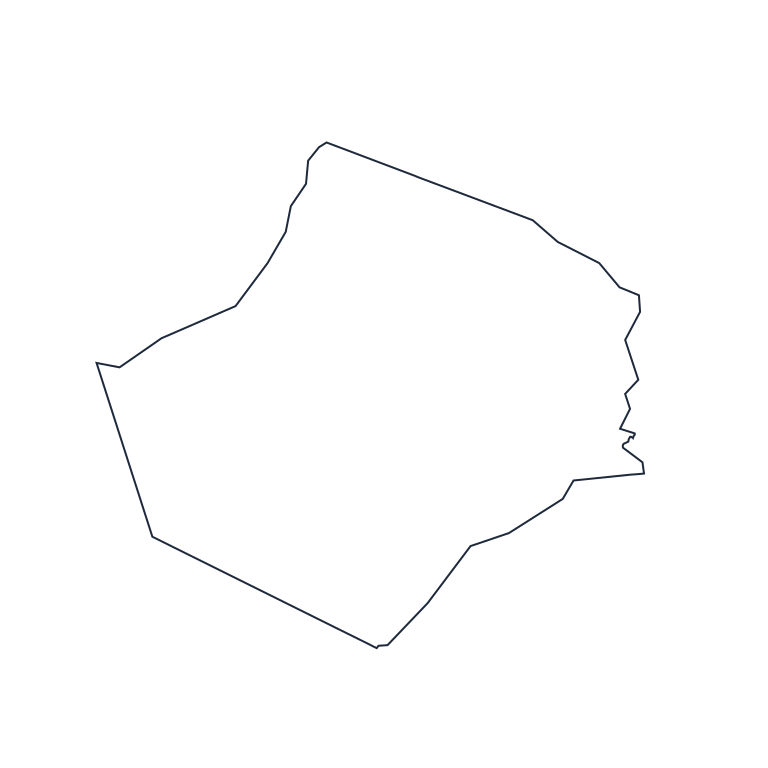 outline of Hoke, North Carolina, United States of America, rotated 70°
{"feature_id": "52423323B67745221671047", "entity_name": "Hoke", "entity_type": "district", "adm_level": 2, "iso_a3": "USA", "parent_name": "United States of America", "parent_adm1": "North Carolina", "projection": "albers", "projection_center": [-79.199, 35.024], "detail": "fine", "context": "isolated", "style": "outline", "palette": "slate", "viewbox_px": 768, "rotation_deg": 70, "n_neighbors": 0, "source": "geoboundaries", "source_scale": "gbopen_adm2", "svg_char_len": 861}
<svg xmlns="http://www.w3.org/2000/svg" viewBox="0 0 768 768"><g transform="rotate(70 384 384)"><path d="M557.1,170.3L546.0,167.9L525.6,181.2L523.9,180.9L522.6,179.9L522.2,179.3L521.7,174.1L519.7,173.0L517.8,170.8L517.9,170.2L519.6,168.6L519.9,168.5L518.6,167.5L518.0,166.9L517.4,165.7L516.2,165.3L506.8,177.5L491.5,161.3L475.8,160.8L467.0,143.6L425.1,142.3L403.8,118.7L387.8,114.1L373.7,129.6L344.0,140.4L310.0,172.1L281.0,188.2L201.8,280.7L199.8,282.9L199.3,283.4L137.4,355.4L139.2,364.0L148.2,378.9L169.2,388.8L185.0,410.7L207.4,424.3L230.6,452.1L260.0,496.8L264.9,577.4L277.9,626.8L265.9,646.9L448.3,653.9L477.1,626.5L598.4,511.0L616.4,493.8L626.0,484.7L626.6,484.2L629.7,481.2L628.1,478.7L630.6,470.0L604.8,417.9L565.9,358.1L566.8,317.6L553.1,255.3L539.5,238.9L553.6,183.0L555.3,177.1L557.1,170.3Z" fill="none" stroke="#1e293b" stroke-width="2"/></g></svg>